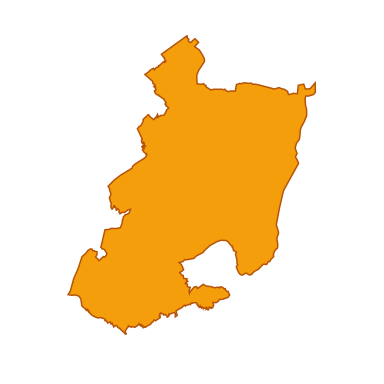 the district of Soledad Atzompa, Veracruz, Mexico, rotated 11°
{"feature_id": "50627088B15412930906672", "entity_name": "Soledad Atzompa", "entity_type": "district", "adm_level": 2, "iso_a3": "MEX", "parent_name": "Mexico", "parent_adm1": "Veracruz", "projection": "robinson", "projection_center": [-97.186, 18.707], "detail": "fine", "context": "isolated", "style": "filled", "palette": "amber", "viewbox_px": 384, "rotation_deg": 11, "n_neighbors": 0, "source": "geoboundaries", "source_scale": "gbopen_adm2", "svg_char_len": 6064}
<svg xmlns="http://www.w3.org/2000/svg" viewBox="0 0 384 384"><g transform="rotate(11 192 192)"><path d="M121.1,333.2L123.8,333.6L126.1,332.7L129.5,333.1L130.8,333.5L131.1,334.9L132.2,334.6L134.3,336.7L136.7,335.1L137.8,337.1L138.7,336.1L140.9,339.4L141.7,338.2L143.6,337.4L145.1,339.2L147.2,339.6L147.1,339.9L153.2,343.6L153.7,344.3L154.2,344.1L154.4,343.4L152.9,342.4L154.0,338.3L154.9,337.3L155.1,335.5L158.0,336.3L158.2,335.7L158.9,335.6L161.8,335.7L164.1,333.4L165.0,332.1L165.1,331.5L166.5,332.8L166.7,332.3L167.1,332.7L167.2,331.8L169.1,332.7L168.4,333.2L170.0,334.6L171.2,333.3L171.7,333.8L172.8,333.1L173.5,332.2L176.7,329.6L176.9,328.4L178.3,327.0L179.2,324.8L180.7,325.4L184.8,321.3L184.2,320.4L184.4,319.5L184.2,319.3L183.6,319.6L183.7,317.3L184.6,316.7L184.7,317.3L187.1,317.2L187.8,318.2L188.5,317.6L189.7,317.3L191.6,319.5L192.7,318.5L193.1,317.2L192.6,316.6L192.6,316.1L193.3,316.3L197.3,313.7L198.8,314.5L199.4,317.7L201.0,316.0L199.0,311.9L201.5,309.4L204.0,307.6L206.0,304.5L207.2,305.3L208.2,304.1L210.1,303.4L210.7,302.8L211.7,302.8L211.5,302.4L213.3,301.3L213.2,300.9L217.1,299.9L218.0,300.1L218.3,301.3L218.8,301.5L219.2,302.5L220.1,302.1L220.6,302.4L221.0,303.9L222.0,303.6L222.1,302.9L222.4,303.5L223.4,304.0L223.7,302.9L224.0,302.8L225.2,304.4L225.3,303.6L227.8,303.5L228.2,302.5L228.7,302.8L228.3,304.4L229.1,303.8L230.1,304.7L230.7,304.5L230.9,301.7L233.1,301.7L232.9,302.5L233.4,302.5L234.5,301.2L234.8,298.9L233.7,296.3L236.7,296.1L238.6,294.3L238.7,293.5L239.6,292.3L242.6,291.4L247.3,288.7L248.7,285.9L247.2,284.2L246.6,282.8L245.2,282.9L243.4,281.4L243.1,280.6L242.5,281.1L240.3,279.8L239.0,279.5L237.8,279.8L237.2,280.9L236.2,280.4L235.3,280.6L233.0,281.5L231.3,281.7L229.1,281.2L224.1,281.6L222.0,281.1L220.7,280.4L216.0,285.6L215.4,285.3L215.0,284.3L214.2,284.0L212.2,284.9L209.1,290.4L208.8,292.0L207.9,289.7L208.5,285.9L208.2,285.7L206.5,286.1L205.8,285.8L205.1,284.7L205.2,283.4L202.8,283.2L202.9,282.6L204.9,280.6L204.3,280.1L203.6,280.2L203.4,279.4L203.8,278.2L200.3,278.4L199.3,275.7L197.9,275.6L195.3,273.3L197.2,271.8L198.6,269.9L196.0,266.0L194.9,264.9L192.8,263.7L196.3,262.1L197.8,259.7L198.8,259.8L201.1,259.0L206.5,256.8L208.3,254.1L214.3,249.3L215.6,246.8L219.8,241.1L226.0,235.9L229.8,233.8L234.7,233.1L236.8,233.9L240.5,237.1L241.7,237.2L242.0,238.7L242.8,239.0L243.9,241.6L244.6,241.5L247.2,242.8L246.6,244.3L246.7,244.8L249.5,251.3L249.5,252.8L250.8,254.8L250.1,255.6L249.8,256.6L250.1,257.7L253.0,262.0L254.3,263.2L255.9,263.9L256.8,264.1L258.1,263.4L260.2,261.4L260.7,261.3L264.4,262.5L266.2,261.6L267.5,259.2L268.7,257.8L271.9,255.2L275.6,249.5L276.4,249.1L279.1,248.9L280.2,245.6L281.6,245.5L282.5,242.7L284.5,239.9L283.9,238.1L284.0,235.5L285.1,232.6L286.4,231.1L286.6,229.9L286.1,226.6L284.4,222.3L284.2,219.9L284.8,216.7L284.6,214.9L281.0,208.1L280.9,190.6L281.5,174.1L281.9,172.1L291.1,143.6L290.0,141.6L287.0,137.9L286.9,137.0L287.8,134.7L287.6,133.8L285.1,129.7L284.9,127.9L285.3,123.9L287.2,120.3L287.3,117.3L286.5,110.6L286.8,107.7L288.8,101.4L289.5,97.3L289.9,96.5L289.8,94.0L288.6,88.7L286.9,85.4L285.2,78.7L285.4,76.0L288.1,75.6L292.7,73.1L294.0,70.6L292.1,61.3L288.5,67.7L286.7,68.6L283.6,69.2L281.1,64.8L276.0,67.0L276.7,75.3L272.8,75.8L268.6,77.9L268.0,77.8L266.6,75.0L262.8,73.5L260.9,73.6L257.4,72.9L253.4,75.2L236.2,74.1L233.7,74.1L230.7,74.7L229.6,73.8L226.8,74.5L222.1,74.9L219.4,76.4L218.1,76.3L215.1,78.1L215.3,84.6L210.7,85.5L208.1,86.6L205.7,85.8L204.7,84.8L203.6,85.5L201.4,85.5L193.7,87.0L191.1,88.2L186.4,86.4L185.6,85.9L185.4,84.8L184.4,84.9L182.9,83.5L179.8,84.7L176.4,84.7L174.8,78.7L174.4,76.3L175.3,71.5L179.3,61.6L179.0,59.8L178.3,58.3L176.0,55.3L172.3,51.4L166.9,48.8L169.9,43.9L165.6,40.9L161.9,45.7L159.6,44.6L159.8,43.1L160.3,43.1L157.2,41.4L157.9,40.6L157.6,39.7L157.2,39.7L135.7,62.6L138.4,65.2L138.6,65.0L140.8,68.0L140.6,68.2L141.4,68.8L140.5,69.9L139.7,69.2L138.8,70.0L135.4,74.8L135.1,74.6L135.0,75.6L133.3,76.6L131.6,79.1L130.6,77.9L128.3,79.8L125.5,83.5L123.3,85.6L132.4,91.0L133.0,93.1L135.1,93.6L135.4,94.5L134.3,95.6L135.3,96.3L135.9,95.7L136.2,96.2L135.8,96.6L137.2,98.5L135.8,99.9L136.3,100.9L137.0,101.2L137.3,102.3L139.5,103.3L140.8,103.3L141.2,104.0L142.8,104.3L144.3,105.3L147.0,106.2L146.9,106.7L149.5,109.3L148.9,110.1L149.6,111.1L149.2,111.2L150.3,112.6L151.4,112.8L153.1,114.2L151.5,116.1L151.0,118.6L149.8,121.9L146.4,123.0L146.2,123.7L144.9,124.3L144.0,123.5L143.3,122.4L142.9,124.5L143.8,124.7L144.1,125.4L142.6,125.9L142.6,125.6L142.0,125.6L140.8,128.3L136.1,126.0L134.7,124.4L134.1,124.7L130.2,130.0L130.5,131.7L130.2,133.4L129.1,136.7L127.7,137.8L126.3,140.2L133.1,149.7L132.5,150.9L133.2,152.8L133.9,153.6L134.7,153.6L134.6,152.5L135.0,152.2L136.0,153.8L136.0,154.8L137.1,155.4L138.0,156.5L136.2,155.6L135.0,155.4L135.0,156.0L135.4,156.0L135.5,156.9L134.4,156.6L134.1,157.1L135.2,158.0L136.2,157.5L136.7,157.8L136.9,158.7L135.8,159.1L135.2,160.0L136.7,161.6L139.4,163.3L140.0,163.1L139.9,164.1L140.6,164.3L139.6,167.1L130.9,175.3L128.8,178.1L128.7,180.0L118.8,189.0L113.5,194.9L108.6,202.3L110.5,204.7L110.9,206.0L112.6,209.1L112.8,210.9L112.1,212.6L112.0,213.6L114.0,217.4L114.9,218.3L115.1,221.7L116.3,223.8L116.8,224.1L117.4,223.5L117.9,220.5L118.4,220.2L119.1,221.8L120.0,221.5L121.1,224.3L121.5,224.3L122.2,222.7L123.7,223.5L124.1,224.2L124.1,225.8L125.0,226.0L125.4,227.1L126.2,226.6L127.0,225.3L129.8,224.9L132.6,221.7L134.9,220.7L134.2,224.8L132.3,226.4L130.8,227.0L129.3,229.8L129.5,231.9L129.0,232.8L129.4,235.8L128.5,240.7L124.7,242.3L119.7,243.1L117.4,244.7L113.8,245.6L113.1,263.7L114.7,264.9L116.7,265.0L119.9,268.2L120.2,269.6L119.0,272.3L117.2,272.3L116.8,273.4L115.9,274.0L114.8,276.1L113.7,277.1L112.4,275.7L109.8,274.4L110.7,271.4L110.1,268.7L107.7,268.7L107.1,268.2L106.2,268.7L105.3,268.1L104.8,267.2L103.2,267.2L101.0,269.2L99.4,272.5L96.4,276.4L94.8,288.9L92.4,299.7L91.5,312.0L90.0,316.4L93.8,316.3L97.3,315.3L101.0,315.8L103.4,318.4L105.5,324.5L106.2,325.2L110.2,327.5L110.8,328.4L111.6,328.5L111.6,327.2L113.7,328.5L113.3,329.4L117.4,332.1L121.1,333.2Z" fill="#f59e0b" stroke="#b45309" stroke-width="1.5"/></g></svg>